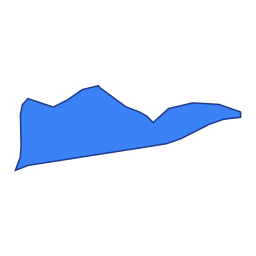 an SVG outline of Saint Croix
{"feature_id": "VIR-4870", "entity_name": "Saint Croix", "entity_type": "state/province", "adm_level": 1, "iso_a3": "VIR", "parent_name": "United States Virgin Islands", "parent_adm1": "", "projection": "robinson", "projection_center": [-64.734, 17.738], "detail": "fine", "context": "isolated", "style": "filled", "palette": "blue", "viewbox_px": 256, "rotation_deg": 0, "n_neighbors": 0, "source": "natural_earth", "source_scale": "10m", "svg_char_len": 427}
<svg xmlns="http://www.w3.org/2000/svg" viewBox="0 0 256 256"><path d="M240.6,117.3L223.3,119.3L208.9,124.5L180.7,138.8L166.1,143.8L28.0,165.4L15.4,170.3L20.3,157.1L21.1,145.9L20.4,114.5L22.4,104.7L27.9,98.6L53.3,107.1L67.5,99.9L82.3,89.6L98.3,85.7L99.9,87.7L125.7,106.7L139.8,112.2L147.0,116.3L153.2,122.5L168.5,108.6L192.6,102.9L218.9,104.4L240.6,112.0L240.6,117.3Z" fill="#3b82f6" stroke="#1e3a8a" stroke-width="1.5"/></svg>